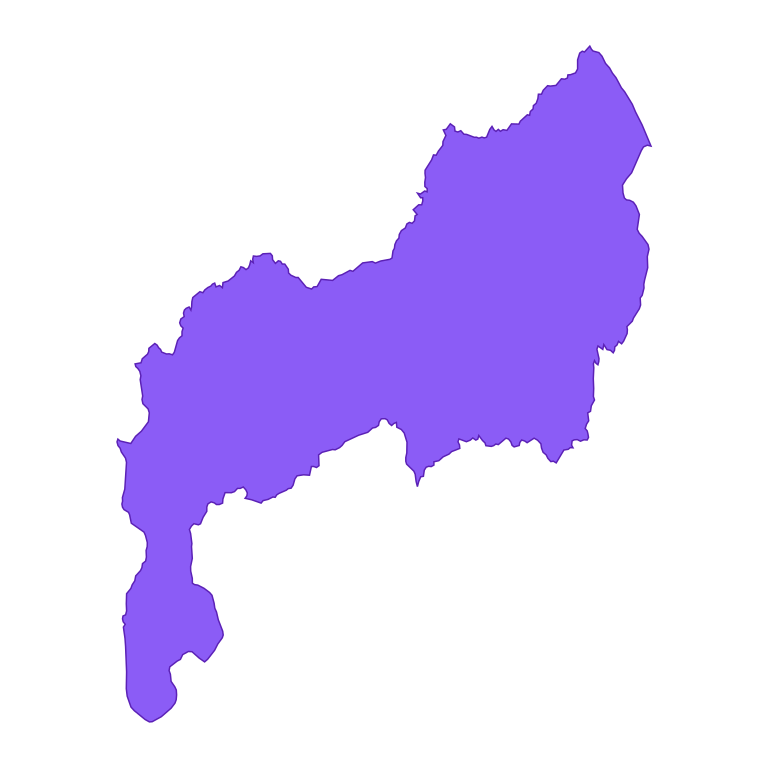 Lurambi, Western, Kenya (Equal Earth projection)
{"feature_id": "3690345B89314071613008", "entity_name": "Lurambi", "entity_type": "district", "adm_level": 2, "iso_a3": "KEN", "parent_name": "Kenya", "parent_adm1": "Western", "projection": "equal_earth", "projection_center": [34.691, 0.273], "detail": "fine", "context": "isolated", "style": "filled", "palette": "violet", "viewbox_px": 768, "rotation_deg": 0, "n_neighbors": 0, "source": "geoboundaries", "source_scale": "gbopen_adm2", "svg_char_len": 6091}
<svg xmlns="http://www.w3.org/2000/svg" viewBox="0 0 768 768"><path d="M127.2,696.2L131.0,707.1L134.3,710.7L145.1,719.5L149.4,721.9L152.2,721.7L161.3,716.7L171.2,708.1L175.0,703.1L176.2,699.7L176.6,694.9L176.3,690.0L174.8,686.8L171.1,681.4L170.4,674.3L169.1,670.6L169.8,666.8L177.3,661.0L180.4,659.4L182.7,654.6L188.3,651.5L192.0,651.7L199.2,658.1L204.6,661.9L207.6,659.3L214.6,650.3L217.8,644.0L222.3,637.8L223.2,635.0L222.7,631.2L218.3,619.8L216.5,612.0L214.8,608.2L214.1,603.2L212.0,595.3L209.6,592.5L204.0,588.3L197.8,585.1L194.5,584.6L192.4,583.2L192.3,578.3L190.7,571.1L190.6,566.5L192.3,558.4L191.5,546.6L191.9,543.7L190.6,533.5L189.4,529.5L191.5,526.0L193.9,523.7L198.4,524.8L200.5,523.8L203.1,517.3L206.8,511.3L206.8,507.0L207.9,503.9L211.1,501.9L214.4,502.9L216.4,504.5L219.3,504.5L222.6,503.1L222.9,499.0L225.1,492.6L231.4,492.7L234.5,491.6L237.5,488.4L240.2,488.4L243.3,487.0L245.8,489.8L247.3,492.9L246.9,495.8L245.1,498.3L251.7,499.8L261.1,503.1L263.1,500.6L268.1,499.4L272.9,497.0L275.2,497.3L276.7,494.9L279.0,493.4L286.3,490.2L288.3,488.6L291.1,488.2L293.1,485.2L294.9,478.9L297.1,475.8L303.5,474.8L309.5,475.2L311.4,466.5L313.8,466.5L316.5,467.5L319.0,465.7L318.6,454.9L322.1,452.3L332.5,449.5L335.2,449.8L339.6,447.6L342.1,445.4L344.8,441.7L358.7,435.2L367.8,432.3L372.5,428.0L375.6,427.4L378.5,425.4L379.2,421.8L381.3,418.8L385.2,418.7L387.3,419.9L389.1,423.4L391.6,425.5L394.0,423.4L396.4,422.4L396.8,427.2L401.3,429.5L404.2,433.0L407.0,442.2L406.8,452.9L405.8,457.6L405.8,461.3L406.6,464.1L413.9,471.2L415.2,474.3L416.1,481.4L417.4,486.6L418.7,481.6L420.7,476.8L423.4,476.3L424.3,470.2L426.2,467.2L428.7,466.3L431.2,466.6L433.9,465.1L433.9,461.8L438.8,460.7L443.2,456.8L449.0,454.1L451.6,451.6L459.8,448.4L459.5,445.0L458.0,441.8L458.9,438.9L466.4,441.7L470.2,440.2L472.8,438.0L475.8,440.1L477.8,439.1L478.8,435.5L482.5,440.5L485.0,442.9L485.9,445.7L491.3,446.4L493.7,445.6L495.8,444.0L498.3,444.6L505.9,438.2L508.5,439.0L510.9,442.0L512.1,445.4L514.1,446.9L519.2,445.5L519.8,442.5L521.6,440.0L524.7,441.0L527.1,442.7L534.1,438.2L537.6,440.2L540.9,443.8L541.5,448.0L543.1,452.3L546.2,454.9L547.9,458.4L550.8,461.6L553.4,461.2L556.2,462.9L563.9,450.0L568.2,449.3L570.3,447.6L573.0,447.8L571.6,445.2L572.1,440.9L574.3,439.8L577.3,439.6L580.5,441.2L583.9,439.8L587.2,440.0L588.5,437.4L587.9,433.7L587.2,430.9L585.2,428.5L586.6,424.1L588.7,420.8L587.7,412.9L590.5,411.3L591.3,405.8L594.5,400.0L593.4,396.5L593.7,388.5L593.3,378.7L593.8,367.8L593.4,363.8L594.5,360.6L596.0,363.3L597.9,364.8L598.8,361.6L599.0,358.6L596.9,349.2L598.0,346.0L602.8,349.4L603.8,344.6L607.0,349.6L610.5,350.3L613.2,352.8L614.5,350.4L614.8,346.9L617.0,345.0L618.5,341.4L621.6,343.8L623.6,341.2L627.1,333.6L627.4,329.8L626.9,326.6L632.3,321.2L633.5,318.0L639.3,308.8L640.6,305.0L640.2,298.0L642.2,295.3L644.0,288.0L643.8,284.4L644.6,280.0L647.7,267.7L647.3,256.6L649.0,249.2L648.0,244.6L642.2,236.5L639.2,233.3L637.2,229.4L639.4,214.5L636.0,205.9L633.4,202.2L629.7,200.3L626.5,199.9L624.4,198.0L623.0,192.9L622.5,185.1L626.5,178.8L631.6,172.8L641.3,150.6L643.5,146.9L647.3,145.2L651.0,146.1L642.1,124.9L635.5,111.9L632.3,104.3L624.6,91.7L621.4,87.8L616.0,77.7L612.4,73.1L609.6,68.0L605.5,63.4L602.0,56.2L598.9,52.6L593.0,51.0L591.4,49.2L589.8,46.1L584.5,52.0L582.3,51.2L579.7,53.1L577.6,59.9L577.6,69.0L575.5,72.9L570.5,74.7L567.9,74.9L567.4,78.0L564.8,79.2L561.4,78.8L556.0,85.4L550.4,86.1L547.6,85.7L543.2,90.3L541.5,94.2L538.4,94.2L537.9,98.6L536.2,103.3L533.4,105.6L533.1,108.9L530.3,111.5L529.6,115.3L527.3,114.8L520.3,121.2L518.9,124.1L511.5,123.9L506.9,130.4L503.1,129.7L500.4,131.3L498.3,129.4L496.0,131.4L494.1,130.0L492.0,126.4L489.8,129.4L486.6,137.2L484.2,137.9L481.9,137.1L478.9,138.2L476.5,137.2L474.3,137.3L466.6,134.4L463.9,134.2L460.8,130.7L457.8,132.0L455.0,131.1L454.5,126.9L450.3,123.8L446.3,129.3L443.3,129.9L445.9,135.5L443.0,141.5L442.8,145.4L438.4,151.1L436.2,155.2L433.5,154.9L431.6,159.9L425.1,170.2L425.0,173.3L425.5,177.6L424.8,182.3L424.9,186.5L427.2,188.6L427.1,191.8L424.7,191.0L420.5,194.0L417.5,193.2L420.6,197.8L422.7,197.7L422.8,200.9L421.7,204.8L418.7,204.8L413.2,209.7L417.2,214.5L415.1,215.8L414.5,220.9L412.1,223.3L409.4,222.4L406.9,223.9L405.3,228.0L401.4,230.6L399.3,234.4L398.9,238.1L396.5,240.8L394.9,244.5L394.4,248.4L393.0,250.9L392.0,258.0L390.0,259.3L380.7,261.0L375.4,263.1L372.3,261.6L362.7,262.9L352.9,271.3L350.0,270.4L342.0,274.7L338.5,275.7L332.6,280.4L321.2,279.3L317.1,286.6L313.7,286.9L311.6,289.0L306.3,287.3L298.2,277.5L295.8,277.5L290.9,275.2L288.6,273.0L288.3,269.2L284.8,264.1L282.2,264.0L280.5,261.3L278.3,260.8L275.4,263.4L272.6,259.7L272.3,255.8L270.4,253.4L262.9,253.8L260.1,255.9L256.6,256.4L253.4,256.0L252.7,259.2L253.3,262.7L250.7,260.8L249.7,264.9L248.4,267.9L246.0,269.6L243.5,267.6L240.9,266.8L239.1,270.3L236.5,272.3L234.4,276.0L228.1,281.0L223.0,282.6L222.4,287.7L219.6,285.5L216.0,286.9L214.7,283.1L212.5,284.1L210.8,286.1L207.9,287.5L204.8,289.9L202.9,292.7L199.9,291.7L192.8,297.5L191.9,301.5L191.6,306.8L190.9,310.1L189.1,307.0L186.2,308.3L184.4,310.1L183.5,313.1L184.2,316.6L180.8,319.0L179.7,322.8L180.8,325.8L183.1,328.1L182.0,331.6L182.0,335.8L179.5,337.8L177.6,340.5L174.3,352.3L172.5,354.8L169.2,353.8L166.5,354.0L161.7,352.1L160.5,349.4L158.6,347.7L157.1,345.1L154.8,343.5L148.9,348.3L148.7,351.6L147.5,354.2L142.3,358.7L141.0,362.8L135.1,363.9L135.8,366.6L137.8,368.4L139.8,371.3L140.9,375.8L140.2,379.6L142.7,396.0L142.0,399.5L142.9,403.7L148.1,408.9L149.3,412.8L148.4,421.8L141.4,431.2L135.6,436.3L130.8,443.5L120.1,441.0L117.9,439.1L117.0,441.9L118.0,445.6L120.2,448.3L121.3,451.9L125.5,458.1L126.5,462.4L124.8,489.1L122.4,497.6L122.6,501.1L121.9,504.0L122.5,507.2L124.0,509.6L128.5,512.3L129.6,514.8L131.3,523.2L144.0,532.1L145.5,535.5L147.3,542.5L147.2,546.6L146.1,550.5L146.4,557.1L145.6,561.1L142.5,563.6L141.9,567.7L140.5,570.6L135.7,575.9L134.8,580.8L132.2,584.8L130.9,588.4L126.6,593.7L126.3,603.8L126.6,610.9L125.6,614.8L123.0,616.0L122.5,618.8L123.2,621.8L125.2,624.3L123.4,627.1L125.0,638.4L125.6,646.7L126.6,672.0L126.3,688.7L127.2,696.2Z" fill="#8b5cf6" stroke="#5b21b6" stroke-width="1.5"/></svg>